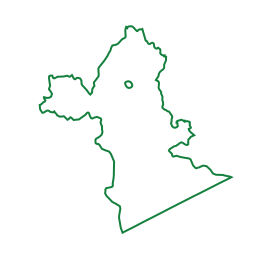 an SVG outline of Koulikoro, rotated 153°
{"feature_id": "MLI-4860", "entity_name": "Koulikoro", "entity_type": "Region", "adm_level": 1, "iso_a3": "MLI", "parent_name": "Mali", "parent_adm1": "", "projection": "orthographic", "projection_center": [-7.926, 13.476], "detail": "fine", "context": "isolated", "style": "outline", "palette": "green", "viewbox_px": 256, "rotation_deg": 153, "n_neighbors": 0, "source": "natural_earth", "source_scale": "10m", "svg_char_len": 4448}
<svg xmlns="http://www.w3.org/2000/svg" viewBox="0 0 256 256"><g transform="rotate(153 128 128)"><path d="M64.8,185.9L64.5,185.4L64.3,185.0L63.9,184.2L63.7,183.8L63.8,182.6L64.3,181.7L64.9,180.8L65.3,179.8L65.2,178.8L64.7,177.8L63.9,176.9L62.4,176.1L62.6,175.9L63.2,175.3L61.7,174.2L63.6,170.8L65.3,169.5L67.0,168.0L68.5,165.2L70.1,164.3L72.1,164.0L74.2,163.4L75.9,162.3L77.0,160.7L77.7,160.1L81.4,158.1L80.8,157.1L80.2,156.5L79.8,155.8L79.8,154.6L80.2,153.6L82.2,150.4L82.6,149.2L82.6,148.1L82.2,145.7L82.2,145.0L82.4,144.5L82.7,144.0L82.9,143.5L83.0,140.6L83.3,139.7L83.6,139.2L84.3,138.3L84.5,137.8L84.7,137.3L84.8,136.3L85.7,133.6L86.0,133.0L86.3,132.5L86.6,132.3L86.9,132.2L87.4,131.9L87.8,131.3L88.0,130.4L87.8,129.5L87.6,128.7L87.1,127.9L85.9,126.6L85.4,125.4L85.1,124.9L84.6,124.5L84.2,124.2L84.0,123.9L83.9,123.4L83.3,118.7L83.5,117.8L84.0,117.2L85.1,116.0L85.5,115.5L86.2,114.0L86.7,113.5L87.2,113.0L87.6,112.5L87.7,111.7L87.7,111.1L87.9,110.1L87.8,109.5L87.3,108.0L86.4,107.1L85.3,106.7L83.8,106.7L82.9,107.0L82.6,107.4L82.4,108.5L81.7,109.9L81.7,110.5L82.3,110.7L81.7,111.7L80.6,111.8L76.9,111.2L76.0,110.5L74.8,108.2L74.4,108.7L74.0,108.8L73.7,108.5L73.5,107.9L73.2,107.5L72.9,107.4L72.5,107.3L72.0,107.1L70.7,105.9L70.4,105.5L70.3,105.0L70.4,104.7L70.7,104.6L70.9,104.3L71.2,103.4L71.3,103.0L71.7,102.6L71.9,101.9L71.7,100.3L71.9,99.7L72.8,99.4L73.7,99.6L74.3,99.6L74.6,98.3L74.5,97.3L74.3,96.4L72.3,91.5L76.1,91.6L77.5,90.9L79.3,90.4L80.7,88.3L81.7,86.2L82.7,86.0L83.6,86.4L84.6,87.4L85.9,89.9L87.0,91.0L88.3,91.1L90.3,90.7L93.4,90.3L95.7,90.8L97.7,90.5L100.5,90.2L101.8,89.3L101.7,88.5L100.6,85.0L100.9,84.0L101.1,82.6L100.5,81.9L97.3,81.2L94.5,78.4L91.9,76.4L87.5,73.2L86.5,71.6L86.7,69.0L87.0,65.2L86.2,62.2L85.6,61.2L82.8,60.7L78.2,60.4L75.4,58.4L73.4,53.1L73.1,49.6L72.7,48.5L70.8,46.4L64.7,43.0L63.5,41.8L61.1,39.9L59.0,38.2L58.2,37.2L63.5,37.2L64.2,37.2L68.1,37.3L71.1,37.3L74.3,37.3L77.8,37.3L81.4,37.3L87.2,37.3L93.4,37.3L100.0,37.4L106.8,37.4L113.9,37.4L121.2,37.4L128.5,37.4L135.9,37.3L143.4,37.3L150.7,37.3L158.0,37.3L165.0,37.2L171.9,37.2L178.4,37.2L180.4,37.2L179.7,42.5L176.8,51.9L175.5,54.2L171.5,59.5L170.8,62.0L173.4,66.3L175.6,69.3L177.1,74.6L178.0,77.3L178.0,80.3L176.9,81.8L176.0,83.5L174.7,84.3L169.3,82.8L167.8,83.3L166.9,85.4L163.6,89.9L162.0,92.5L155.6,104.5L155.0,112.7L155.6,115.7L158.2,118.3L160.7,121.3L161.1,125.8L161.6,127.1L163.2,128.2L163.7,129.1L162.5,132.2L161.2,132.9L157.1,133.2L154.5,134.0L152.6,135.9L151.8,138.5L150.4,141.3L150.4,142.9L149.9,145.5L148.3,147.1L147.8,148.7L148.4,149.4L150.5,151.9L153.3,152.6L155.4,152.6L156.4,153.5L156.5,156.1L156.0,158.9L156.6,160.0L157.9,160.0L159.8,159.1L164.7,158.4L167.8,157.9L169.8,158.7L172.8,159.8L173.9,163.1L174.7,163.7L176.7,162.9L178.2,162.8L178.8,164.7L179.8,167.6L181.7,168.2L183.9,169.3L185.4,171.6L185.5,173.4L186.1,175.0L186.1,176.2L187.7,175.9L190.0,177.7L190.9,179.6L192.3,180.3L196.3,180.0L197.5,180.6L197.8,184.6L196.2,188.6L194.6,188.5L191.6,189.4L190.3,189.3L189.1,190.0L189.2,192.0L189.3,193.1L188.8,193.6L186.6,191.6L184.4,190.7L182.2,190.9L180.2,193.0L180.3,195.1L180.8,198.5L178.1,201.2L177.6,203.0L176.6,205.8L176.0,207.6L174.9,209.8L173.7,210.0L171.7,209.1L172.0,206.5L171.2,205.7L167.4,205.6L161.7,203.0L158.5,202.2L157.2,200.5L156.1,200.1L153.9,200.6L153.8,196.4L152.9,195.4L150.9,195.9L149.6,195.3L148.1,193.8L148.0,191.4L149.4,188.2L149.3,186.6L147.7,181.1L146.9,176.2L146.4,174.9L144.0,175.8L142.2,178.8L140.3,180.0L138.8,180.7L138.2,183.0L137.5,184.2L135.9,184.9L131.5,187.1L130.4,187.8L129.3,190.1L127.6,194.2L126.2,195.3L123.3,196.6L118.6,198.7L113.6,201.5L110.3,204.0L109.2,204.4L106.0,207.6L104.4,208.6L100.7,207.6L98.5,207.7L92.9,209.8L90.1,209.7L88.6,210.5L86.1,216.2L84.4,218.3L83.8,218.8L83.6,217.9L83.3,217.3L82.2,218.2L81.0,218.1L78.6,217.0L78.1,216.4L77.6,215.5L77.3,214.6L77.1,213.8L76.2,210.6L75.6,210.1L75.0,210.3L74.2,210.6L73.3,210.7L72.5,210.5L71.8,210.0L71.1,209.7L70.3,209.7L72.5,198.3L72.5,197.7L72.2,197.3L71.9,196.9L71.7,196.4L71.7,195.4L71.7,194.6L71.5,193.8L70.7,193.1L69.8,192.9L68.8,193.1L67.8,193.0L67.0,192.3L66.8,191.5L67.0,190.5L67.7,188.7L67.7,187.7L67.4,186.7L66.8,185.9L66.2,185.6L65.3,185.9L64.8,185.9ZM108.5,170.0L110.0,169.6L110.5,168.6L110.6,167.3L110.5,165.9L110.3,164.7L109.6,163.7L108.7,163.1L107.5,162.8L106.3,162.9L105.3,163.4L104.7,164.3L104.5,165.6L104.7,167.3L105.2,168.4L105.9,168.8L106.3,169.4L107.1,169.7L108.5,170.0Z" fill="none" stroke="#15803d" stroke-width="2"/></g></svg>